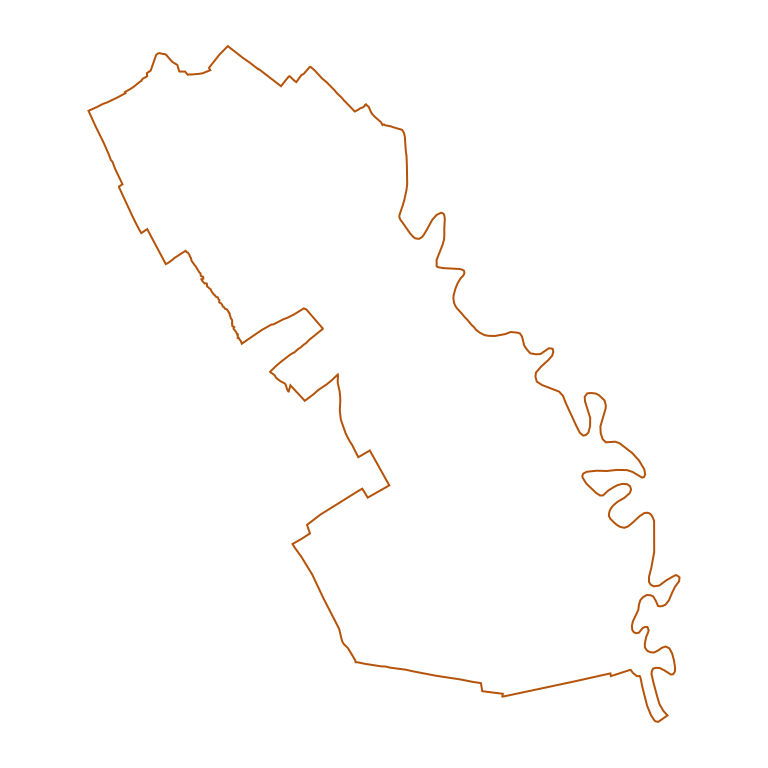 Dranceni, Vaslui, Romania
{"feature_id": "2599482B495393789675", "entity_name": "Dranceni", "entity_type": "district", "adm_level": 2, "iso_a3": "ROU", "parent_name": "Romania", "parent_adm1": "Vaslui", "projection": "albers", "projection_center": [28.101, 46.793], "detail": "fine", "context": "isolated", "style": "outline", "palette": "amber", "viewbox_px": 768, "rotation_deg": 0, "n_neighbors": 0, "source": "geoboundaries", "source_scale": "gbopen_adm2", "svg_char_len": 6068}
<svg xmlns="http://www.w3.org/2000/svg" viewBox="0 0 768 768"><path d="M667.5,715.4L663.4,711.0L659.5,704.2L657.3,696.9L653.2,681.6L651.5,674.0L651.9,671.1L653.0,668.7L655.8,667.8L659.8,668.0L664.4,670.4L670.8,674.5L673.0,674.3L674.9,671.6L675.1,667.8L674.0,660.5L672.1,653.4L669.4,648.4L665.7,646.5L661.9,647.8L657.7,650.7L654.0,652.5L650.2,652.2L647.2,650.7L644.9,647.4L644.8,643.8L646.2,636.9L648.0,632.6L648.7,630.2L647.4,627.0L644.7,627.1L642.7,628.0L638.9,632.7L636.1,633.2L633.9,632.3L632.3,630.1L631.9,625.8L632.9,621.3L638.3,610.0L639.0,604.4L640.4,600.1L643.0,597.2L646.8,595.0L650.4,595.2L653.2,596.4L655.9,601.0L658.0,605.9L660.2,606.4L662.7,605.9L665.6,604.6L669.0,600.2L672.0,593.0L674.9,587.0L679.1,581.3L679.5,577.4L677.5,575.7L675.7,575.1L672.4,576.8L666.2,580.4L659.2,585.6L653.8,586.3L650.7,584.7L649.0,581.9L649.0,576.9L651.2,568.3L654.2,552.1L654.1,520.8L652.8,517.6L651.4,515.1L649.6,513.4L647.0,512.7L644.1,513.2L639.7,516.1L632.7,522.6L628.1,526.4L624.3,527.8L620.0,526.8L617.0,525.0L614.4,522.8L610.4,518.9L608.9,516.0L609.1,513.2L609.5,511.4L610.8,508.6L613.1,505.6L617.3,501.9L624.4,497.8L629.8,493.0L631.1,489.6L630.0,486.2L626.9,484.1L622.3,483.9L617.4,485.2L613.8,487.1L608.2,490.6L603.1,495.4L600.0,495.5L596.0,492.8L586.4,483.7L582.7,477.8L582.3,476.1L583.1,473.7L586.7,471.8L596.4,470.7L606.7,471.0L617.0,469.9L626.9,470.1L632.5,471.9L642.1,477.6L644.0,477.1L645.2,474.5L644.3,469.4L639.0,460.5L632.2,453.0L619.5,443.2L615.1,441.7L605.8,442.3L602.6,439.1L600.7,433.2L600.4,426.4L605.6,408.6L605.8,405.2L604.5,400.4L599.2,395.4L596.0,393.6L591.2,393.0L587.3,393.3L584.7,396.8L585.0,401.3L590.2,417.9L590.1,426.0L588.4,432.6L585.9,435.0L583.2,435.6L579.8,432.7L575.9,425.0L565.8,403.1L563.0,395.9L559.1,391.6L542.2,385.1L536.8,381.6L535.4,376.5L536.0,372.5L541.2,366.5L548.3,360.1L552.2,355.6L553.3,351.9L552.6,348.8L549.0,348.2L540.5,354.0L536.0,354.3L530.3,353.3L527.0,349.6L524.2,345.5L522.0,336.5L519.8,333.3L516.8,332.6L510.7,332.0L505.2,334.1L494.7,336.0L488.4,335.8L485.0,335.2L483.5,334.6L479.5,332.5L475.9,329.7L474.2,327.3L471.9,325.3L467.3,319.7L465.2,317.7L461.4,313.1L457.1,308.5L455.4,306.0L454.2,303.3L453.4,298.8L453.5,295.8L455.4,288.7L457.7,283.1L460.8,278.0L463.0,275.9L464.0,274.3L464.4,272.7L464.1,271.0L463.6,270.4L461.4,269.4L459.7,269.0L443.2,268.1L438.5,267.3L436.7,266.4L436.6,260.0L442.7,244.4L444.0,239.6L444.3,236.2L444.3,227.6L444.8,219.2L444.4,215.8L443.9,214.2L442.6,213.2L441.0,212.8L436.6,214.9L432.2,219.9L427.0,229.4L423.9,234.7L422.0,237.1L419.4,238.7L418.0,238.8L415.2,238.3L413.2,236.8L410.1,233.4L402.1,221.9L401.0,220.7L399.6,218.1L399.3,216.5L399.5,214.9L403.0,204.6L404.3,200.0L406.4,190.5L407.2,184.2L406.9,165.6L406.5,155.7L406.0,152.6L405.6,148.6L404.9,137.1L404.1,133.4L402.2,129.9L392.5,127.0L391.5,126.5L385.0,125.2L383.9,124.4L382.5,125.0L381.0,122.2L374.9,116.9L372.3,114.2L371.0,112.1L368.6,106.6L367.5,106.0L366.0,104.3L365.1,104.8L364.7,105.4L364.7,105.9L362.7,107.5L360.1,108.3L358.3,109.7L354.8,111.5L343.6,100.0L341.5,97.5L336.8,93.1L334.9,90.6L326.1,81.7L322.4,78.8L314.4,70.1L310.7,67.0L310.1,66.9L309.4,67.4L303.6,74.0L301.5,74.9L296.3,82.1L293.8,80.2L289.7,76.2L288.8,76.5L287.1,78.5L281.0,86.2L260.1,70.1L258.5,68.9L258.2,69.2L250.0,62.8L242.5,57.6L227.8,46.1L219.3,54.8L209.3,67.4L209.0,68.0L210.3,70.2L202.8,73.2L199.5,73.8L191.6,74.5L189.3,74.4L187.8,74.8L185.1,71.6L179.4,71.5L178.2,68.1L177.4,65.0L172.5,62.0L170.7,60.2L166.5,55.2L164.8,54.0L163.6,54.1L159.4,53.1L158.1,53.4L156.1,55.0L150.7,70.6L146.9,73.1L147.2,76.3L142.9,78.6L141.4,80.4L141.4,80.9L140.2,81.5L133.3,87.1L129.0,89.8L124.9,92.0L125.5,93.1L117.6,97.4L107.2,102.4L103.0,103.9L97.0,107.0L88.5,110.8L95.7,126.6L103.5,142.4L108.7,154.2L110.9,160.1L112.5,161.8L114.9,168.4L122.5,184.3L119.0,186.5L119.0,187.2L132.6,216.6L135.6,222.7L139.6,230.3L141.3,233.1L147.2,229.1L165.8,264.1L168.1,262.9L172.7,259.6L174.1,258.2L185.5,250.8L186.8,252.3L187.8,252.5L189.2,254.5L190.0,256.6L191.0,258.1L191.5,260.7L194.8,265.4L195.8,266.4L199.2,272.2L200.6,273.5L200.7,275.4L200.9,275.8L201.7,276.5L202.2,276.4L202.9,276.7L203.3,277.2L203.3,278.7L201.4,279.3L202.1,280.6L204.5,283.5L206.1,283.3L206.8,283.6L207.0,284.0L207.0,286.5L208.4,287.3L209.2,288.3L210.6,289.2L211.2,290.7L212.5,292.8L214.4,295.1L215.1,295.4L215.7,296.6L217.9,297.5L218.3,298.9L219.4,300.1L219.1,301.8L219.4,302.5L221.1,303.4L222.1,304.7L222.8,306.5L224.1,307.2L224.9,308.7L226.8,309.3L229.1,312.6L228.9,312.7L229.1,313.0L229.7,313.7L229.8,315.5L230.5,316.8L230.8,318.2L232.0,319.9L232.2,321.4L232.0,323.5L232.4,324.1L232.2,324.6L232.2,325.8L234.2,327.1L233.6,327.7L233.6,328.9L236.0,331.8L236.7,333.4L237.8,334.2L237.3,335.0L237.9,335.9L237.7,337.9L238.8,338.0L239.3,339.2L240.8,341.0L241.8,343.7L256.9,333.3L262.3,329.7L270.5,325.1L271.7,324.5L273.4,324.4L283.3,319.3L287.5,317.7L294.1,314.4L303.8,308.4L306.4,309.5L322.7,328.4L322.8,328.9L309.0,340.0L306.0,343.2L304.1,344.4L300.6,347.5L298.8,348.5L294.0,352.7L293.2,352.8L289.9,354.9L281.3,361.5L276.2,365.8L270.1,371.7L270.5,372.3L274.5,375.0L276.1,377.9L280.6,381.3L284.8,383.5L286.0,385.4L286.9,388.8L288.3,391.4L288.7,391.5L290.4,385.3L304.8,400.8L313.6,394.2L318.1,390.1L326.5,384.5L331.7,380.3L337.8,374.5L338.0,375.2L337.7,381.0L337.8,383.3L339.6,391.2L340.2,396.8L340.3,401.0L339.8,410.1L340.3,415.1L340.9,419.9L345.8,433.8L349.5,440.9L352.2,445.1L358.3,457.2L369.8,450.5L389.3,485.4L367.7,497.6L362.3,488.7L358.4,490.9L320.4,514.6L307.0,524.9L310.0,533.4L301.5,538.9L292.5,544.0L294.7,547.6L301.3,556.7L312.2,574.5L323.2,597.8L339.2,629.0L341.6,639.3L342.6,642.2L344.1,644.4L348.0,648.2L353.0,656.5L355.4,660.8L355.6,662.2L357.7,662.3L365.4,663.9L381.5,666.4L385.7,666.5L389.7,667.6L405.9,669.7L411.9,671.1L435.7,675.7L460.2,679.4L472.8,681.9L480.9,683.1L482.3,691.2L502.8,693.8L502.3,696.5L502.9,696.6L573.1,681.7L610.4,673.4L610.9,676.1L630.2,669.9L630.8,670.0L631.2,670.6L633.0,673.0L636.5,675.8L637.3,676.2L639.7,676.0L639.9,676.3L640.7,678.5L642.3,686.8L647.1,705.7L651.0,715.2L654.2,720.1L655.5,721.3L658.2,721.9L667.5,715.4Z" fill="none" stroke="#b45309" stroke-width="2"/></svg>